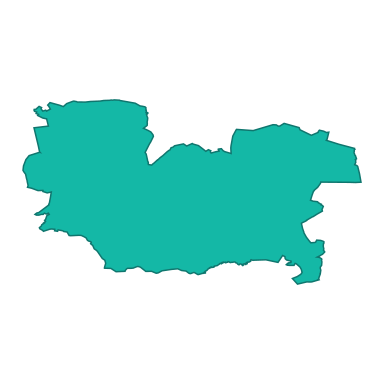 Jaunsātu pag., Tukums, Latvia
{"feature_id": "27541924B49068002315301", "entity_name": "Jaunsātu pag.", "entity_type": "district", "adm_level": 2, "iso_a3": "LVA", "parent_name": "Latvia", "parent_adm1": "Tukums", "projection": "robinson", "projection_center": [22.923, 56.96], "detail": "fine", "context": "isolated", "style": "filled", "palette": "teal", "viewbox_px": 384, "rotation_deg": 0, "n_neighbors": 0, "source": "geoboundaries", "source_scale": "gbopen_adm2", "svg_char_len": 5920}
<svg xmlns="http://www.w3.org/2000/svg" viewBox="0 0 384 384"><path d="M27.5,187.3L31.5,188.2L38.0,190.6L43.6,190.4L43.0,190.7L42.9,191.5L47.2,192.9L51.3,192.0L50.4,197.6L49.4,202.9L48.7,204.4L48.9,204.9L38.7,212.6L36.8,213.0L35.0,214.4L36.4,215.1L39.0,215.1L41.3,214.4L43.2,214.4L43.5,214.0L44.4,213.2L44.9,213.4L46.0,213.9L46.5,214.0L48.3,213.1L49.2,214.4L47.1,215.5L46.8,215.8L45.5,219.6L44.6,220.3L45.5,221.4L43.7,222.9L44.2,223.1L41.7,224.8L41.3,226.1L39.4,227.6L39.7,228.7L42.8,230.5L43.4,231.3L49.8,229.2L51.6,229.0L54.8,229.3L54.6,230.8L57.6,231.3L58.1,229.9L62.9,230.8L63.7,231.5L67.1,232.0L69.1,235.5L70.7,235.7L78.7,235.3L81.2,235.4L84.0,236.7L86.1,237.9L87.5,240.4L89.2,241.3L90.4,241.5L91.1,242.0L91.3,242.7L90.6,243.4L90.7,243.7L91.0,244.1L92.7,245.4L94.2,248.8L96.5,250.4L97.5,251.5L102.3,258.5L104.8,260.2L105.7,263.3L104.5,267.4L104.5,268.2L110.9,268.4L116.0,271.7L116.3,271.7L125.0,271.3L125.0,270.9L126.2,269.3L127.0,268.6L127.6,268.3L131.1,268.3L133.2,268.1L136.2,266.9L137.4,266.5L138.1,266.5L139.7,266.9L140.6,267.3L145.8,271.4L151.6,271.3L156.1,273.2L156.7,273.2L158.4,272.8L162.0,270.8L171.4,269.4L177.8,268.8L181.6,270.5L184.9,270.9L186.1,271.1L188.7,273.1L190.0,273.6L190.7,273.6L193.3,272.6L194.0,272.5L194.5,272.6L197.7,274.5L198.2,274.6L202.1,273.5L202.2,273.3L203.1,273.4L204.1,273.1L205.0,273.1L205.4,273.0L205.4,272.6L205.2,272.4L204.5,272.3L204.3,272.2L204.9,271.7L205.2,271.3L206.3,270.8L207.3,270.0L207.8,269.2L209.5,268.2L209.4,267.8L209.5,267.7L210.2,267.9L211.0,267.6L211.0,267.0L211.2,266.9L212.2,267.4L213.9,267.1L214.4,266.6L214.1,266.3L214.3,266.1L217.2,265.6L219.4,264.1L219.6,263.7L220.0,263.7L220.3,263.4L221.5,263.8L221.8,263.5L221.4,263.0L221.7,262.8L222.1,262.4L222.5,262.4L222.6,262.9L222.8,263.0L223.0,262.8L223.1,262.3L223.3,262.1L224.1,262.5L225.2,262.1L225.6,262.3L225.8,262.8L226.1,262.7L226.3,262.4L227.7,262.2L227.9,261.7L228.3,261.8L228.8,261.6L229.7,262.4L230.2,262.4L230.6,262.6L231.4,262.3L232.6,262.3L233.9,262.0L234.9,262.0L235.4,262.3L235.6,262.7L236.9,263.1L237.8,264.2L238.6,264.7L239.1,264.8L240.0,263.9L240.9,264.0L242.0,264.8L242.3,265.3L242.8,265.6L243.1,265.4L243.2,265.2L242.8,264.5L243.0,264.2L243.5,264.2L244.0,263.8L244.3,263.8L245.1,263.9L245.1,264.5L246.0,264.4L246.1,264.2L245.9,263.8L245.9,263.5L247.2,263.6L247.2,263.0L246.5,262.7L246.8,262.4L247.6,262.3L247.8,262.1L248.8,262.1L249.7,261.8L250.7,261.1L250.6,260.5L250.7,260.0L251.2,259.7L251.7,260.0L253.1,260.3L253.2,260.2L265.9,259.8L278.0,262.4L282.6,255.5L284.9,256.6L285.2,258.7L286.6,260.0L291.1,261.2L290.9,262.6L288.4,262.9L288.4,263.3L287.4,263.6L286.3,264.7L287.4,265.2L289.7,265.4L294.0,265.4L295.1,263.4L296.3,263.8L299.5,266.6L300.1,267.2L301.3,269.4L302.1,272.5L300.8,274.3L297.2,276.6L292.4,278.5L297.5,284.1L306.8,281.9L309.8,282.0L311.8,281.9L318.7,279.9L318.3,279.6L319.0,279.4L318.8,278.6L318.8,278.1L320.1,274.4L320.1,273.7L320.3,273.7L320.8,270.2L320.2,268.0L320.5,266.8L321.6,265.4L321.9,261.9L321.5,260.3L321.8,259.6L321.6,258.8L319.3,257.4L317.2,257.1L319.9,255.8L321.4,254.8L322.4,254.4L324.7,252.0L324.6,251.5L323.5,250.4L323.8,248.8L323.3,246.5L323.3,245.4L323.5,243.5L323.9,243.2L323.9,241.7L323.0,241.2L320.6,240.4L316.7,240.1L315.6,242.2L314.7,242.5L310.8,242.8L308.8,240.4L306.3,237.1L303.9,232.8L303.8,232.0L302.6,228.6L301.4,223.3L302.7,222.5L304.9,221.5L306.7,220.5L306.6,220.2L312.3,216.9L313.2,216.6L317.1,214.1L322.4,211.1L322.0,209.3L322.4,208.6L323.3,206.4L322.2,205.3L321.0,204.8L321.2,204.2L320.6,204.1L319.4,203.2L318.5,202.9L318.1,202.3L317.4,201.7L315.1,201.4L313.0,201.2L311.4,200.5L310.5,200.3L312.0,195.4L313.4,191.5L314.3,190.5L314.3,190.2L317.6,187.4L320.3,183.6L320.8,182.5L320.8,182.1L349.3,182.3L355.4,182.5L361.0,182.2L359.5,173.7L357.7,166.4L356.8,165.5L354.7,164.7L355.8,162.3L355.6,161.4L355.8,159.5L355.6,159.4L356.5,158.8L356.0,157.3L355.7,156.9L355.7,156.2L355.4,155.6L354.8,155.1L354.7,154.7L354.7,154.3L354.0,152.8L354.1,151.9L354.3,151.4L354.2,150.1L354.9,149.4L354.4,148.8L354.5,148.4L339.0,144.3L326.3,140.3L327.1,139.2L328.8,132.2L326.4,132.5L323.7,131.2L319.4,130.2L318.3,131.5L318.2,132.4L311.3,135.3L300.0,129.8L299.1,127.6L284.1,123.4L279.7,126.1L278.2,126.1L276.3,124.9L273.0,124.7L253.2,130.6L236.5,129.4L236.0,130.1L232.8,136.1L231.0,146.0L230.9,147.4L230.8,147.8L231.1,153.5L224.6,151.6L223.0,150.6L221.4,148.7L218.3,149.1L218.2,149.2L219.1,151.1L216.0,151.7L211.2,153.0L210.7,152.6L210.4,152.0L210.4,151.4L210.8,150.8L208.4,149.7L205.8,151.3L203.2,149.2L198.5,145.6L193.2,144.1L192.3,143.5L186.7,146.0L183.5,143.9L174.9,145.7L174.4,145.9L173.3,147.0L171.0,147.8L170.0,149.9L169.1,150.3L167.3,151.6L162.8,155.7L160.2,157.6L157.7,160.0L157.5,159.9L154.0,163.1L152.5,164.2L151.7,165.1L148.4,164.5L148.2,163.8L148.3,163.1L148.3,162.2L147.7,161.3L147.4,159.6L146.3,154.6L146.2,154.1L145.1,152.5L149.4,144.0L150.6,142.1L153.4,136.4L153.0,134.8L150.9,132.0L148.6,130.7L143.5,128.3L147.1,125.5L147.2,125.0L147.3,123.2L147.1,121.9L147.4,120.8L147.7,118.3L147.6,117.6L147.0,116.3L146.7,115.0L146.9,114.6L146.4,114.1L146.5,113.9L147.7,113.5L147.9,113.2L147.9,112.9L147.7,112.7L146.0,112.5L146.0,112.3L146.4,111.9L146.4,111.4L146.2,110.5L145.9,110.3L146.1,109.8L145.9,108.9L145.9,107.6L144.9,106.8L142.5,106.3L140.0,105.9L135.2,103.2L119.9,100.5L119.6,100.2L114.2,99.9L112.4,100.2L111.2,100.0L109.8,100.3L103.8,100.5L100.0,101.1L90.4,101.5L85.3,102.1L79.6,102.0L77.6,102.1L76.5,101.6L73.8,101.1L72.9,101.3L66.7,103.6L63.3,106.6L59.8,105.3L50.0,102.6L47.7,105.1L48.8,106.4L50.4,109.1L46.5,111.1L45.7,110.2L42.8,111.1L41.0,108.8L41.0,108.7L41.6,107.6L39.1,106.4L35.7,109.4L34.2,109.4L34.0,110.1L34.5,111.3L36.7,112.0L36.1,113.5L38.5,114.4L37.7,115.5L42.7,118.0L45.7,118.7L46.6,118.8L48.4,126.1L34.0,127.8L38.3,145.8L39.6,152.0L40.0,152.4L39.5,152.3L29.1,155.6L25.9,159.6L23.5,165.9L23.0,170.4L24.1,172.2L25.6,174.2L26.5,178.5L27.2,180.9L27.2,181.6L28.1,185.4L27.5,187.3Z" fill="#14b8a6" stroke="#0f766e" stroke-width="1.5"/></svg>